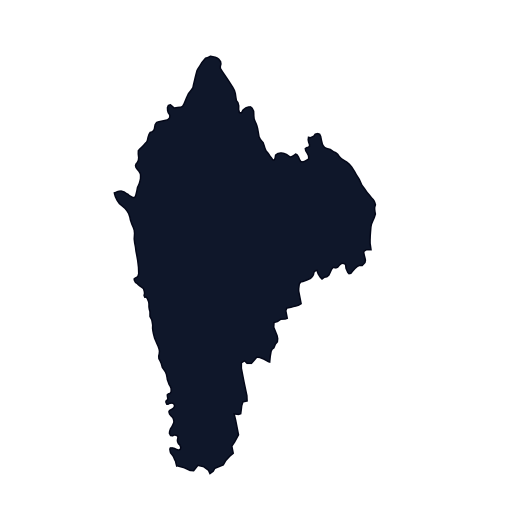 Luninets, Brest, Belarus (Robinson projection), rotated 79°
{"feature_id": "67162791B41216407156673", "entity_name": "Luninets", "entity_type": "district", "adm_level": 2, "iso_a3": "BLR", "parent_name": "Belarus", "parent_adm1": "Brest", "projection": "robinson", "projection_center": [26.952, 52.407], "detail": "fine", "context": "isolated", "style": "filled", "palette": "ink", "viewbox_px": 512, "rotation_deg": 79, "n_neighbors": 0, "source": "geoboundaries", "source_scale": "gbopen_adm2", "svg_char_len": 5656}
<svg xmlns="http://www.w3.org/2000/svg" viewBox="0 0 512 512"><g transform="rotate(79 256 256)"><path d="M362.7,262.8L357.3,261.2L352.3,259.3L350.5,257.9L349.6,256.0L346.2,253.8L344.3,251.4L341.3,250.5L338.2,250.5L329.3,252.2L324.7,251.0L324.4,247.4L322.8,243.8L323.4,239.3L323.1,237.2L319.7,237.2L315.4,237.2L313.0,235.7L313.0,233.1L313.0,231.5L312.7,228.6L312.7,226.5L312.4,223.6L311.4,220.8L309.9,220.8L304.7,220.8L301.6,220.8L298.5,220.8L296.1,220.3L291.8,218.9L290.0,217.0L290.0,214.8L289.3,210.6L288.4,206.8L286.9,204.6L285.3,203.2L282.9,202.2L281.7,200.3L281.7,198.9L285.3,198.4L289.0,197.0L291.2,195.6L289.9,193.0L289.9,190.4L288.7,188.2L286.6,186.6L283.5,184.4L281.9,182.5L282.9,179.9L282.6,178.0L280.7,175.7L279.5,173.1L280.4,170.5L281.9,169.7L285.3,170.0L289.6,169.0L291.1,168.1L291.1,166.2L289.3,164.1L287.1,161.2L285.6,158.6L285.0,156.5L285.6,153.6L283.2,150.3L281.0,149.4L278.9,149.4L275.8,149.6L273.0,149.6L271.8,148.9L270.9,146.5L271.8,141.9L268.0,141.7L265.4,141.6L261.7,140.9L257.9,140.0L254.2,139.0L249.2,137.6L246.6,136.5L243.3,134.3L240.9,132.6L237.6,130.8L235.4,130.8L232.6,130.6L230.8,130.2L228.5,129.0L226.3,129.2L224.7,129.5L223.0,130.2L221.0,131.5L218.0,133.0L214.7,134.9L210.5,136.7L206.6,138.6L200.5,140.0L195.2,142.1L192.0,143.1L186.9,145.1L183.7,146.9L181.1,149.0L179.5,150.8L177.6,152.8L176.7,153.7L174.3,155.3L171.7,156.4L169.7,158.1L168.4,160.1L165.6,162.7L164.2,165.6L163.4,166.9L162.5,168.0L160.6,169.0L159.0,169.5L155.1,169.7L151.0,169.7L148.6,170.3L147.6,172.1L147.7,174.6L149.4,176.4L149.8,177.9L150.3,180.1L149.5,181.8L151.9,182.6L154.3,182.6L156.7,182.2L158.6,182.6L159.3,184.1L159.3,185.6L160.0,187.1L162.1,187.1L164.5,186.2L167.2,185.4L168.9,185.4L170.8,185.8L171.1,186.6L172.2,189.6L172.6,191.8L172.0,193.9L169.6,194.9L167.0,195.4L164.5,196.4L163.5,197.6L164.3,199.2L165.2,201.6L165.4,203.6L163.5,205.4L162.2,206.6L160.6,209.1L159.6,211.8L159.6,215.1L160.7,217.5L163.4,218.5L164.8,219.3L165.3,220.3L164.6,221.3L162.7,222.1L160.7,223.2L158.6,224.0L156.9,224.8L154.7,226.1L151.8,226.7L149.6,226.9L146.1,227.4L144.6,228.3L142.3,229.5L139.5,230.3L136.2,230.2L131.3,230.1L128.3,230.3L126.3,230.6L123.9,231.2L121.1,231.7L117.9,231.4L116.2,231.1L113.4,230.7L110.3,231.6L110.1,231.7L108.6,232.9L108.3,234.7L108.6,237.5L109.4,239.3L110.4,241.1L111.6,242.0L112.7,243.0L112.2,244.9L109.0,245.1L105.3,244.3L102.0,244.5L99.7,245.6L96.3,245.5L92.6,245.3L89.4,245.6L86.1,246.6L82.3,248.1L77.8,249.9L73.1,251.9L68.7,253.8L65.0,255.2L62.9,254.8L60.8,253.8L58.4,253.7L55.7,255.0L54.2,256.4L53.1,258.1L52.1,260.5L51.2,262.6L52.0,265.3L52.2,267.8L53.9,269.9L55.8,272.2L58.8,274.9L61.1,277.2L62.7,278.5L66.6,280.4L69.6,281.8L72.1,282.9L75.8,284.6L78.7,285.8L80.5,287.6L82.0,289.3L83.6,291.2L87.6,294.1L90.5,296.0L92.9,297.6L95.0,299.4L95.6,301.1L95.3,304.0L95.1,308.2L93.4,309.4L91.2,311.2L91.5,313.3L93.5,314.6L96.3,315.0L98.6,314.8L100.0,314.1L101.9,313.7L104.0,314.5L104.9,315.8L105.5,317.0L105.7,326.3L106.0,328.1L107.8,329.9L109.7,330.7L111.6,331.4L113.3,332.5L114.4,334.5L114.5,336.3L116.2,337.8L118.9,339.3L121.9,340.6L123.4,341.7L124.0,342.8L125.9,345.2L127.6,347.7L128.9,349.8L130.2,351.4L133.4,352.1L137.1,352.4L139.6,353.2L141.6,354.7L142.8,356.2L144.3,357.0L146.2,356.9L148.2,356.0L150.5,354.7L153.3,353.8L155.2,354.0L158.0,354.6L160.3,355.6L162.5,356.7L164.7,358.2L166.0,359.2L169.3,360.5L171.5,361.5L173.0,362.2L174.6,363.1L175.4,364.2L175.2,365.4L174.6,366.4L173.3,367.9L172.5,368.9L170.9,370.0L170.0,371.3L168.0,373.2L166.5,376.0L166.3,378.0L166.4,380.0L166.8,381.0L167.0,383.0L168.1,383.0L171.0,382.7L174.8,381.7L178.5,380.1L181.4,377.7L184.2,375.5L186.8,374.1L190.0,372.9L193.9,372.4L196.6,372.4L201.0,371.8L204.5,371.0L207.4,370.6L210.6,370.9L213.7,371.7L216.0,372.3L220.0,372.6L224.1,372.6L228.5,372.9L232.5,372.9L238.1,373.0L244.7,373.5L251.0,374.5L253.4,375.8L254.2,377.1L254.6,378.7L255.3,380.0L256.7,380.0L259.0,379.3L260.3,377.9L261.6,377.1L263.3,375.7L264.8,374.2L266.5,372.7L269.2,372.4L271.3,372.5L273.4,373.4L275.3,373.0L275.3,371.8L276.7,370.9L280.5,370.1L282.5,370.2L285.6,370.8L288.0,370.9L290.4,370.7L293.0,371.2L295.1,371.6L297.4,370.9L298.7,370.5L300.8,370.5L304.1,370.6L307.1,371.3L309.9,371.5L312.7,371.5L317.4,371.2L320.1,370.6L323.0,370.0L325.9,369.3L328.7,368.9L330.9,368.9L333.4,369.6L335.7,370.6L338.3,370.9L340.4,370.2L343.4,369.5L347.5,369.2L349.9,368.1L352.5,367.0L355.1,366.5L358.5,366.5L360.4,366.6L363.5,366.1L365.5,365.8L367.3,365.1L369.8,364.6L372.9,365.1L374.6,366.7L374.6,368.3L375.4,369.6L377.6,369.8L378.8,369.6L380.3,370.5L381.3,372.1L382.5,372.3L384.5,371.8L384.7,370.5L384.2,369.3L384.2,367.2L384.7,365.6L386.1,364.6L387.9,364.6L389.5,365.9L390.3,367.7L391.2,370.4L392.3,371.2L394.6,371.0L396.7,369.9L398.6,368.6L400.1,368.2L402.4,368.1L403.9,368.5L405.9,369.9L407.5,371.1L409.3,372.9L411.6,374.2L413.5,374.8L415.9,374.1L416.6,372.2L416.3,371.1L416.1,369.9L417.3,367.8L418.5,367.1L419.9,367.5L421.8,368.3L423.4,368.4L425.6,367.9L426.7,366.9L429.4,366.3L431.4,367.2L431.8,368.9L430.6,371.1L429.3,372.8L428.4,374.8L428.1,376.7L429.1,377.4L431.1,377.5L432.9,377.4L436.2,375.7L437.7,375.2L440.3,374.7L442.2,374.1L444.0,374.1L447.0,373.9L446.9,373.4L450.1,366.9L453.9,361.7L454.9,358.2L450.4,353.0L452.8,347.6L457.3,343.5L460.8,342.7L459.1,339.1L456.6,337.0L454.8,328.0L451.0,324.7L447.4,319.8L445.3,316.0L441.5,316.0L438.0,316.0L434.5,312.5L428.2,307.3L424.7,307.3L413.5,307.3L406.8,307.6L408.2,303.5L407.9,301.1L403.7,299.7L400.2,298.6L396.7,296.7L396.6,292.4L391.4,291.6L377.8,291.8L363.4,291.8L358.0,290.7L356.7,287.2L359.6,285.3L360.5,281.0L358.0,277.7L355.5,274.6L356.2,271.9L358.7,268.0L362.2,263.8L362.7,262.8Z" fill="#0f172a" stroke="#020617" stroke-width="1.5"/></g></svg>